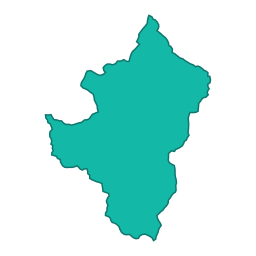 the district of Carmópolis de Minas, Minas Gerais, Brazil
{"feature_id": "56859067B23958839581539", "entity_name": "Carmópolis de Minas", "entity_type": "district", "adm_level": 2, "iso_a3": "BRA", "parent_name": "Brazil", "parent_adm1": "Minas Gerais", "projection": "albers", "projection_center": [-44.655, -20.559], "detail": "fine", "context": "isolated", "style": "filled", "palette": "teal", "viewbox_px": 256, "rotation_deg": 0, "n_neighbors": 0, "source": "geoboundaries", "source_scale": "gbopen_adm2", "svg_char_len": 3140}
<svg xmlns="http://www.w3.org/2000/svg" viewBox="0 0 256 256"><path d="M62.6,165.8L64.6,167.2L67.1,167.5L69.7,167.3L72.2,167.4L74.8,166.7L77.1,165.7L78.6,167.2L80.0,168.9L82.3,170.1L84.6,168.8L86.9,168.9L87.6,170.9L87.8,173.7L89.8,175.4L89.7,178.4L91.8,179.7L93.8,180.5L96.2,181.6L98.8,182.3L101.8,183.4L102.6,187.7L103.0,191.4L105.4,192.3L108.4,193.3L109.2,195.7L107.5,198.1L106.4,201.2L107.0,203.3L107.9,205.2L107.0,207.9L107.0,210.7L105.6,212.9L105.5,215.5L108.3,216.5L110.1,217.9L110.9,220.4L112.1,222.4L114.4,223.1L116.8,224.4L119.0,226.6L119.9,229.2L121.4,232.2L124.1,234.3L126.3,234.7L129.6,234.5L131.8,236.4L133.5,237.8L136.0,238.7L138.4,238.3L139.8,235.9L142.4,234.4L145.3,234.2L148.2,235.5L150.2,236.5L152.3,238.1L153.5,240.6L155.7,239.1L156.1,236.5L157.0,234.6L157.9,232.6L158.4,230.3L159.5,227.9L161.2,225.3L160.2,223.0L158.9,221.2L157.6,218.6L156.9,215.5L159.0,213.5L160.9,211.6L162.9,210.1L164.6,207.7L166.5,205.9L168.2,202.9L168.4,200.0L169.9,198.4L171.2,196.1L173.1,193.6L175.4,192.1L176.1,190.0L175.9,187.7L175.8,185.3L176.5,182.7L176.1,179.6L175.2,176.0L175.0,172.3L175.0,169.2L174.3,165.5L171.4,164.1L169.3,162.6L168.2,160.2L168.5,157.2L168.5,153.5L171.4,150.9L174.5,151.4L175.7,149.4L177.5,148.7L179.8,147.5L182.2,145.9L183.5,143.8L184.5,141.2L186.4,140.0L187.2,137.8L189.0,135.3L188.0,132.7L188.3,130.3L188.5,127.5L188.7,124.8L188.5,121.7L188.2,118.2L189.0,115.0L190.1,112.5L193.2,112.6L195.9,112.3L198.1,111.2L198.2,108.9L198.5,106.5L198.7,103.5L200.6,101.0L202.7,98.0L206.0,97.1L208.2,94.8L207.2,92.6L207.9,90.6L209.1,88.8L208.0,86.8L207.7,84.3L210.0,82.7L210.5,79.7L209.8,76.4L207.8,76.1L207.9,72.6L206.1,71.2L204.3,70.5L202.6,68.9L200.8,67.5L198.2,66.1L195.3,66.6L193.3,64.9L190.3,63.8L187.8,62.3L184.8,60.5L182.8,58.8L179.8,57.9L177.5,56.0L174.9,53.9L172.2,52.5L172.4,49.0L170.9,46.7L168.7,45.1L168.5,42.8L167.1,39.9L165.5,37.7L162.9,35.7L160.7,33.6L158.8,32.1L156.9,30.7L158.1,28.9L158.8,26.8L158.6,24.7L157.2,22.1L155.4,20.0L153.1,19.1L151.8,16.7L148.9,15.4L148.0,18.1L147.5,20.6L147.2,23.5L145.1,26.3L143.4,28.1L141.8,30.1L140.1,32.5L138.8,34.3L138.8,37.1L137.9,39.1L136.6,41.7L139.5,44.3L137.7,46.2L136.2,48.0L134.7,49.6L133.1,50.9L131.5,53.3L130.4,56.2L129.7,58.7L129.1,61.4L126.6,61.4L123.8,59.6L121.1,61.0L117.5,61.1L115.4,63.8L112.4,64.8L109.6,64.0L107.2,64.1L105.2,65.4L103.2,67.6L103.8,70.5L105.5,72.4L103.5,74.2L100.5,75.4L97.7,74.7L95.5,73.4L93.3,72.1L90.8,70.6L87.2,71.1L86.0,73.2L85.0,76.4L83.6,79.2L82.2,81.3L81.2,83.3L80.9,85.7L83.0,87.9L85.7,89.0L88.0,90.2L90.3,92.2L93.1,94.0L94.0,96.9L94.5,100.4L95.9,103.1L97.2,105.9L97.4,109.0L98.3,111.9L95.8,112.9L92.3,114.4L90.6,116.8L89.2,118.8L87.2,119.7L84.4,120.0L81.5,122.4L78.5,123.0L75.8,123.9L71.8,125.2L68.8,124.3L66.2,124.5L63.6,123.2L61.6,120.9L59.6,120.9L57.0,120.0L53.8,119.6L52.2,116.9L51.0,114.6L48.8,115.0L45.5,114.9L45.9,118.1L47.5,120.0L47.9,122.5L50.3,124.0L51.4,126.7L52.2,129.4L50.0,131.7L49.7,134.1L49.9,136.7L51.4,139.2L51.7,142.0L50.9,144.1L52.8,145.5L52.3,148.4L53.2,150.7L51.9,152.6L51.7,155.0L54.4,155.7L56.4,156.3L57.6,158.5L60.2,159.4L60.5,162.0L61.5,163.9L62.6,165.8Z" fill="#14b8a6" stroke="#0f766e" stroke-width="1.5"/></svg>